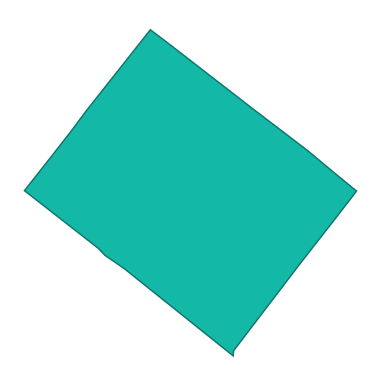 outline of Tamboara, Paraná, Brazil, rotated 308°
{"feature_id": "56859067B83324899582863", "entity_name": "Tamboara", "entity_type": "district", "adm_level": 2, "iso_a3": "BRA", "parent_name": "Brazil", "parent_adm1": "Paraná", "projection": "natural_earth1", "projection_center": [-52.482, -23.199], "detail": "fine", "context": "isolated", "style": "filled", "palette": "teal", "viewbox_px": 384, "rotation_deg": 308, "n_neighbors": 0, "source": "geoboundaries", "source_scale": "gbopen_adm2", "svg_char_len": 408}
<svg xmlns="http://www.w3.org/2000/svg" viewBox="0 0 384 384"><g transform="rotate(308 192 192)"><path d="M294.5,78.7L294.2,59.3L190.2,58.7L165.5,59.3L124.6,59.3L89.9,59.1L89.9,71.0L89.9,152.8L88.5,162.5L89.9,185.5L88.2,325.3L92.5,322.5L200.1,321.3L216.1,321.3L246.2,321.3L257.1,321.3L294.0,321.1L294.7,292.2L295.8,257.9L295.0,189.0L294.5,78.7Z" fill="#14b8a6" stroke="#0f766e" stroke-width="1.5"/></g></svg>